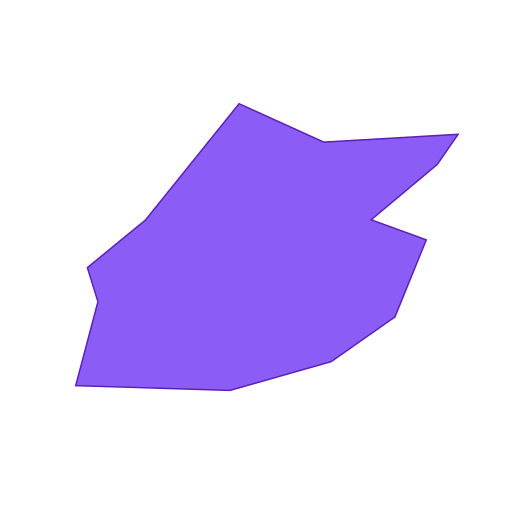 the border of Sandy Hill, rotated 20°
{"feature_id": "AIA-5121", "entity_name": "Sandy Hill", "entity_type": "District", "adm_level": 1, "iso_a3": "AIA", "parent_name": "Anguilla", "parent_adm1": "", "projection": "robinson", "projection_center": [-63.011, 18.236], "detail": "fine", "context": "isolated", "style": "filled", "palette": "violet", "viewbox_px": 512, "rotation_deg": 20, "n_neighbors": 0, "source": "natural_earth", "source_scale": "10m", "svg_char_len": 337}
<svg xmlns="http://www.w3.org/2000/svg" viewBox="0 0 512 512"><g transform="rotate(20 256 256)"><path d="M407.4,265.7L362.8,329.5L277.5,391.2L130.9,439.5L123.1,353.0L101.5,324.6L139.8,260.0L188.0,118.7L280.7,125.8L404.3,72.5L395.0,108.0L351.8,182.6L410.5,182.6L407.4,265.7Z" fill="#8b5cf6" stroke="#5b21b6" stroke-width="1.5"/></g></svg>